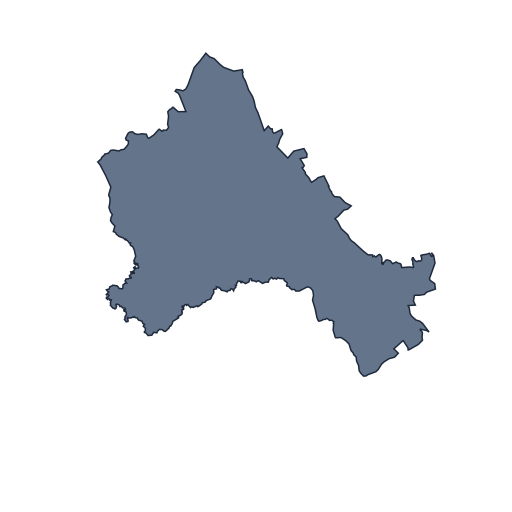 the district of Baranoa, Atlántico, Colombia, rotated 310°
{"feature_id": "7082276B40558284352114", "entity_name": "Baranoa", "entity_type": "district", "adm_level": 2, "iso_a3": "COL", "parent_name": "Colombia", "parent_adm1": "Atlántico", "projection": "robinson", "projection_center": [-74.921, 10.782], "detail": "fine", "context": "isolated", "style": "filled", "palette": "slate", "viewbox_px": 512, "rotation_deg": 310, "n_neighbors": 0, "source": "geoboundaries", "source_scale": "gbopen_adm2", "svg_char_len": 6123}
<svg xmlns="http://www.w3.org/2000/svg" viewBox="0 0 512 512"><g transform="rotate(310 256 256)"><path d="M230.9,75.0L226.3,74.3L225.6,77.9L221.0,89.2L215.4,100.6L208.6,103.6L207.4,104.7L206.8,106.6L203.5,109.4L198.6,112.2L196.3,116.0L195.3,119.4L192.3,120.2L189.6,121.8L188.6,125.0L188.3,128.6L183.0,131.0L183.7,133.1L182.9,135.2L183.0,138.7L184.5,142.7L184.4,145.3L185.3,145.4L184.8,146.4L185.2,147.6L184.5,150.6L185.4,151.6L184.1,152.1L183.5,153.0L183.9,155.5L182.5,158.7L178.5,164.0L173.6,165.6L173.6,166.6L172.0,167.3L171.9,169.3L173.1,168.5L174.0,170.5L173.7,170.8L172.7,170.0L172.6,172.2L171.9,173.5L171.2,173.6L170.2,172.5L169.2,172.2L168.9,171.5L170.0,170.7L169.8,170.1L168.4,169.8L167.8,171.6L166.3,172.0L164.8,171.4L165.0,173.4L164.5,173.9L163.2,172.5L163.9,172.3L164.1,171.1L163.3,170.3L162.9,170.9L163.4,171.3L162.7,171.9L159.4,171.7L158.7,174.0L159.3,174.2L158.9,174.6L157.7,173.3L156.1,172.7L155.1,171.2L152.7,171.7L152.1,174.3L151.3,173.3L148.3,172.7L145.9,174.6L144.6,174.5L143.9,172.8L143.0,172.1L143.8,170.2L143.8,168.6L141.5,165.0L140.2,164.8L138.6,163.8L136.3,164.7L134.0,163.1L133.6,164.7L133.7,166.4L130.2,166.1L130.2,166.8L131.2,166.7L131.4,168.6L129.7,168.8L128.4,168.0L127.5,168.3L127.3,170.2L128.5,170.3L128.8,171.4L128.1,172.2L129.4,173.3L126.5,174.5L125.9,175.5L124.7,176.0L124.1,179.6L124.8,182.0L125.8,182.3L127.7,181.7L128.5,180.1L129.5,180.0L130.6,182.5L129.8,184.3L131.0,185.2L130.4,186.9L131.7,188.8L131.6,189.9L130.7,190.6L129.9,189.3L129.0,190.2L129.6,192.6L127.8,194.4L125.1,194.7L124.1,195.9L122.8,196.0L122.1,198.9L123.6,200.0L124.5,199.4L125.8,197.3L126.5,197.2L126.7,198.4L128.6,200.4L130.0,200.9L130.4,201.7L131.3,201.7L131.2,203.2L132.2,204.9L131.5,206.5L131.5,207.5L132.8,210.5L131.6,212.7L132.0,214.6L129.8,214.7L129.5,217.8L127.1,219.5L126.1,219.2L125.7,219.7L126.3,221.1L125.7,224.5L128.4,227.1L131.8,226.7L133.4,229.5L134.8,228.9L137.7,229.2L139.3,231.6L139.3,234.1L140.1,235.1L144.8,235.7L146.7,235.0L147.4,235.7L150.2,235.3L152.4,234.3L158.6,236.4L158.8,235.4L159.6,235.9L160.3,235.2L161.8,236.2L163.9,236.6L165.2,236.0L165.6,234.9L166.4,234.8L167.0,233.8L167.9,234.0L168.4,234.8L169.1,234.6L169.2,233.8L170.5,233.4L170.3,232.7L169.5,232.4L169.6,231.9L170.2,231.7L171.2,232.8L173.2,232.9L173.8,233.7L173.6,234.7L175.0,234.8L174.4,239.0L175.6,239.3L176.2,240.9L180.0,242.9L179.7,243.9L180.4,244.3L184.2,245.3L185.6,244.9L187.9,246.7L190.0,246.6L194.1,248.9L197.1,247.9L200.7,247.3L203.1,245.1L205.6,246.9L206.9,245.4L208.1,247.6L207.7,248.3L208.3,249.5L207.7,250.4L207.6,251.7L209.4,254.8L209.9,256.9L211.7,256.9L213.0,258.3L215.0,257.8L215.5,259.4L214.9,261.2L216.7,260.5L219.2,260.6L220.1,259.1L220.9,259.9L222.2,258.9L225.4,258.4L226.3,259.9L225.9,261.6L226.3,262.1L227.2,261.2L227.5,261.7L228.1,265.7L231.7,267.2L234.0,266.3L234.2,265.8L235.4,266.6L235.4,267.9L234.4,268.3L234.4,268.9L235.7,270.3L236.5,272.9L238.6,273.5L239.2,278.7L242.0,280.0L244.0,282.3L246.1,281.3L249.6,281.7L249.4,283.8L251.1,284.9L251.5,286.6L253.5,286.8L253.9,288.6L256.5,291.9L255.4,293.3L255.6,297.0L254.8,297.8L253.3,298.1L252.8,298.9L253.8,301.1L253.2,302.6L253.5,304.2L253.1,304.8L255.1,306.9L254.7,309.0L256.9,311.6L264.9,315.0L265.9,316.0L266.6,318.5L265.9,321.8L262.9,325.3L258.5,327.7L253.8,334.9L248.1,342.1L246.6,344.9L246.4,346.1L249.0,347.9L250.4,348.2L252.1,349.9L253.5,350.1L254.0,351.6L253.9,353.7L255.5,355.3L255.5,358.1L254.3,358.3L253.4,359.5L248.8,362.7L244.6,369.1L244.6,369.7L248.2,373.5L248.8,379.3L248.4,383.7L244.7,389.5L244.1,393.1L243.2,394.3L243.0,397.6L240.1,400.7L238.1,404.9L234.4,408.8L233.6,411.3L233.1,415.6L234.9,417.4L237.0,418.0L244.4,422.2L247.5,422.6L253.8,421.7L257.5,422.2L263.0,424.0L267.5,427.2L273.0,427.5L273.5,421.3L285.1,422.9L285.8,423.2L283.4,431.3L281.8,433.0L282.6,433.5L292.6,437.2L298.5,437.7L300.4,435.5L304.0,433.0L304.7,431.8L304.9,429.4L305.6,429.0L308.6,434.6L309.0,437.4L311.5,426.8L311.3,423.2L309.8,419.8L310.0,413.6L311.2,410.7L314.8,406.7L315.8,404.4L320.8,409.6L322.7,405.6L327.2,402.9L328.0,402.9L331.1,406.5L334.8,409.7L338.0,410.0L346.0,414.7L349.7,410.7L349.3,405.1L350.0,403.5L365.6,397.7L370.5,391.9L371.3,388.2L370.3,390.4L369.2,391.2L368.6,391.0L368.6,389.7L369.5,388.0L369.5,387.0L367.6,386.0L363.1,382.2L362.3,382.0L360.9,384.3L359.3,385.4L357.8,385.2L356.6,383.4L355.1,382.9L354.7,381.4L355.0,379.1L355.8,377.7L355.2,377.0L353.5,377.7L352.4,380.0L350.6,381.3L348.9,383.8L348.1,383.7L346.7,381.2L340.8,375.0L342.8,372.4L342.9,371.4L341.8,369.4L341.6,367.3L337.9,365.6L338.6,362.0L337.4,359.1L336.1,358.0L334.2,358.4L332.8,357.7L331.8,358.8L331.2,358.6L331.0,357.2L334.9,354.2L336.3,352.2L336.8,350.4L336.6,349.6L335.5,349.1L332.3,348.5L331.9,347.6L332.2,346.6L330.6,345.8L331.7,344.6L328.9,341.0L328.7,334.7L329.3,322.7L329.0,319.2L329.7,316.1L331.3,312.6L331.7,303.7L335.0,295.8L335.3,292.5L339.5,293.4L347.6,293.8L350.8,296.1L355.6,296.7L354.2,289.9L355.0,282.4L351.9,277.8L352.6,274.0L353.9,272.3L353.9,271.0L355.8,266.8L356.4,267.0L361.0,256.5L355.8,253.1L353.5,252.9L348.2,251.2L348.3,250.3L350.0,246.0L350.6,241.1L351.7,240.2L353.2,234.6L354.2,235.1L356.3,234.9L358.9,227.3L364.2,231.5L367.0,229.4L369.1,223.7L360.6,217.5L351.5,217.4L353.1,201.8L357.0,200.8L360.5,199.2L366.8,197.9L369.0,194.9L369.2,194.2L361.7,191.1L361.6,189.1L363.8,186.7L362.8,185.3L363.4,181.9L357.3,181.7L367.0,165.4L369.4,160.1L373.4,155.1L376.0,150.7L378.5,143.5L383.4,135.1L384.7,131.3L386.7,128.8L388.6,127.1L388.7,127.4L389.9,125.7L383.4,120.2L379.7,109.9L379.6,105.3L380.3,97.1L378.7,92.3L379.1,87.2L370.1,87.7L360.7,87.5L343.4,93.9L338.9,94.9L335.6,93.9L334.2,90.7L332.3,87.9L330.2,88.2L330.7,91.5L330.2,93.6L321.6,109.5L316.5,103.6L316.7,96.9L316.2,96.5L314.1,96.4L312.7,95.7L309.8,95.7L306.7,99.3L300.1,103.6L298.3,106.4L294.9,106.6L292.8,104.0L291.6,104.3L291.1,103.8L291.0,100.5L290.6,100.2L282.9,99.9L277.2,98.2L277.1,96.9L278.8,93.7L276.6,90.4L272.9,87.0L271.9,84.7L271.7,81.4L269.5,79.5L267.3,79.2L262.2,80.5L261.4,82.1L262.1,84.4L259.9,86.0L258.7,86.4L253.1,86.4L250.4,84.2L248.4,83.5L245.5,78.6L243.6,76.8L240.0,76.9L236.8,74.6L236.0,74.9L232.4,74.4L230.9,75.0Z" fill="#64748b" stroke="#1e293b" stroke-width="1.5"/></g></svg>